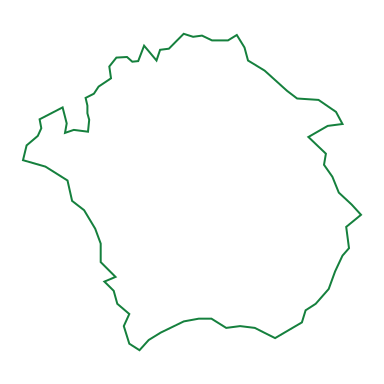 the district of Elia Lefkosias, Cyprus
{"feature_id": "46923920B42441045079611", "entity_name": "Elia Lefkosias", "entity_type": "district", "adm_level": 2, "iso_a3": "CYP", "parent_name": "Cyprus", "parent_adm1": "", "projection": "mercator", "projection_center": [32.918, 35.141], "detail": "fine", "context": "isolated", "style": "outline", "palette": "green", "viewbox_px": 384, "rotation_deg": 0, "n_neighbors": 0, "source": "geoboundaries", "source_scale": "gbopen_adm2", "svg_char_len": 1075}
<svg xmlns="http://www.w3.org/2000/svg" viewBox="0 0 384 384"><path d="M23.0,160.2L45.4,166.6L67.5,180.5L72.1,200.9L84.1,210.2L95.2,228.7L100.7,243.6L100.7,262.1L115.5,276.9L104.4,281.6L113.7,290.8L117.3,303.8L129.3,314.0L123.8,326.1L129.3,343.7L139.5,350.2L148.7,340.0L160.7,332.6L183.8,321.4L198.6,318.7L211.5,318.7L226.2,327.9L240.1,326.1L254.8,327.9L264.1,332.6L275.1,338.1L301.9,322.4L305.6,310.3L315.7,303.8L328.7,289.0L335.1,271.4L342.5,255.6L349.0,248.2L346.2,226.9L361.0,214.8L351.7,204.6L338.8,192.6L332.4,176.8L324.0,164.8L325.9,153.7L308.4,137.0L327.7,125.9L342.5,124.0L336.0,111.9L318.5,99.9L297.1,98.5L287.0,90.8L264.6,70.6L248.0,60.5L244.5,47.5L236.8,35.0L228.0,40.4L212.0,40.4L202.0,35.6L193.1,36.8L183.7,33.8L176.6,40.9L168.9,48.7L160.1,49.8L156.5,60.5L144.1,45.7L138.2,61.1L132.3,61.7L127.0,57.0L116.4,57.6L109.3,66.5L111.0,78.3L98.6,86.6L93.9,93.7L85.6,97.9L87.4,105.6L87.4,113.3L89.2,119.8L88.0,131.7L73.8,129.9L65.0,132.9L66.7,123.4L62.6,107.4L39.6,119.3L41.3,128.2L37.8,135.9L26.6,145.4L23.0,160.2Z" fill="none" stroke="#15803d" stroke-width="2"/></svg>